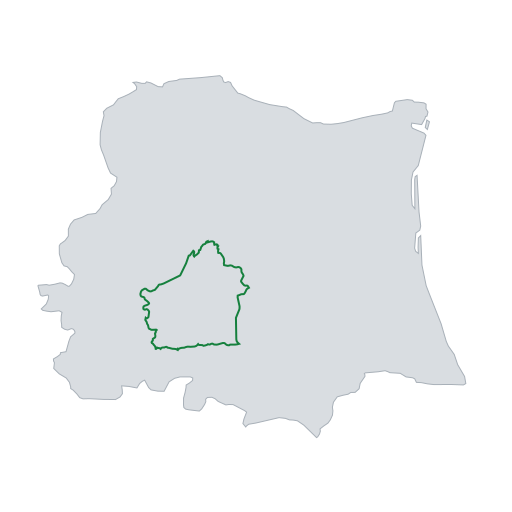 Worodougou highlighted on a map of Ivory Coast, rotated 273°
{"feature_id": "CIV-3443", "entity_name": "Worodougou", "entity_type": "Region", "adm_level": 1, "iso_a3": "CIV", "parent_name": "Ivory Coast", "parent_adm1": "", "projection": "natural_earth1", "projection_center": [-6.431, 8.415], "detail": "fine", "context": "in_parent", "style": "outline", "palette": "green", "viewbox_px": 512, "rotation_deg": 273, "n_neighbors": 0, "source": "natural_earth", "source_scale": "10m", "svg_char_len": 7800}
<svg xmlns="http://www.w3.org/2000/svg" viewBox="0 0 512 512"><g transform="rotate(273 256 256)"><path d="M113.9,77.9L115.6,77.8L120.1,76.3L124.2,72.9L128.0,65.7L133.1,59.9L138.9,60.3L140.6,59.3L142.6,59.1L145.1,62.9L147.5,65.7L149.2,65.8L150.5,71.3L161.0,73.6L165.6,75.1L169.4,79.1L170.7,79.2L172.3,78.4L173.5,77.0L173.8,75.4L172.2,71.8L172.9,68.6L174.6,65.7L177.3,65.5L181.4,64.7L186.1,64.7L189.6,65.2L191.0,62.3L189.6,54.2L190.0,49.7L190.6,45.9L191.9,44.3L197.1,49.1L201.9,50.8L205.3,51.0L206.2,50.1L204.8,44.9L205.2,43.3L206.4,42.4L208.7,41.9L214.8,39.8L215.4,40.2L216.5,48.3L216.0,51.0L217.3,56.6L218.9,61.7L218.8,63.8L217.5,67.0L215.9,70.0L216.1,71.2L218.5,73.2L223.2,75.2L228.0,75.7L230.7,72.7L233.5,70.2L235.4,68.1L236.1,64.8L239.1,62.5L247.8,59.5L255.9,59.0L257.8,60.0L261.4,64.5L266.0,67.6L273.0,67.2L278.1,69.1L282.5,72.5L285.5,80.2L288.7,85.8L290.1,93.7L295.2,97.8L299.2,99.7L304.6,105.5L310.2,108.4L316.0,107.7L318.7,110.7L323.0,112.8L327.4,113.0L331.2,106.4L336.2,103.7L348.9,98.5L353.9,96.1L358.9,94.5L371.2,94.1L382.5,95.7L388.2,96.9L392.0,96.0L395.7,99.2L399.5,105.8L402.6,107.9L405.8,110.2L408.2,115.4L410.9,120.5L412.4,122.8L415.9,127.9L418.8,128.0L421.7,125.8L422.9,124.1L423.5,127.5L422.4,133.0L422.6,136.3L424.2,137.6L423.3,142.0L420.0,149.4L420.0,153.8L423.3,155.1L425.7,159.8L427.2,167.7L428.6,170.4L428.8,172.0L431.2,191.2L434.2,210.5L432.3,213.0L429.8,213.8L428.1,214.7L427.6,216.5L428.7,219.1L428.0,221.5L424.7,223.2L417.7,229.3L417.2,231.8L415.4,237.0L413.8,240.2L411.5,246.1L407.9,261.7L406.5,274.7L406.3,278.7L404.9,281.4L403.3,285.5L395.7,296.6L391.8,305.6L392.3,309.6L392.5,313.5L391.3,316.4L391.5,324.1L392.5,330.5L393.9,336.8L399.5,354.6L402.4,365.4L404.2,374.1L405.8,380.0L407.3,382.4L407.9,384.6L416.2,386.2L417.8,387.5L420.1,398.9L419.7,404.0L418.0,406.0L418.1,410.3L417.7,415.7L416.5,417.9L411.9,418.1L408.8,420.2L404.6,419.4L404.2,418.0L402.0,417.5L395.9,414.5L396.9,404.6L394.0,404.2L391.8,405.5L387.5,417.3L385.4,419.4L354.8,413.3L348.1,408.4L340.1,407.2L326.3,407.8L314.8,409.3L311.5,412.2L340.4,410.5L343.6,410.8L345.0,412.6L308.5,416.5L294.5,418.9L290.4,418.2L287.3,414.4L272.1,414.0L269.0,415.2L267.1,418.0L273.1,417.4L282.5,417.2L285.0,419.4L255.6,422.2L235.2,427.5L226.5,431.4L198.0,444.4L180.6,450.5L176.1,452.8L168.1,459.1L158.0,463.1L146.6,470.6L139.6,472.2L138.1,469.9L137.9,457.3L136.9,440.4L137.3,433.9L138.2,427.8L138.2,422.8L141.7,420.9L142.6,418.8L143.1,412.2L146.4,406.2L146.5,395.8L147.4,393.7L148.2,390.9L146.8,384.1L145.0,371.2L144.1,370.3L143.3,370.9L141.5,371.1L134.3,366.7L128.8,365.9L125.0,362.1L124.7,357.8L122.8,355.2L121.5,350.2L119.6,344.5L114.1,341.0L109.0,340.2L105.4,340.9L101.1,340.7L96.3,338.8L92.9,336.6L89.7,332.4L86.7,329.0L84.4,329.4L81.5,328.7L78.7,327.1L77.8,326.0L89.6,312.6L93.6,306.0L94.1,302.0L94.1,298.0L95.4,293.9L95.8,287.5L89.2,264.6L87.6,257.5L85.8,255.4L84.7,254.7L88.0,251.7L92.6,252.5L99.6,254.8L101.1,252.5L106.4,240.9L106.3,236.6L105.7,233.7L108.8,225.8L111.3,222.7L112.6,219.4L112.2,214.9L110.3,213.2L107.9,213.5L105.0,212.4L100.5,209.8L98.2,207.5L98.9,197.0L99.4,193.8L100.9,191.9L103.4,191.4L110.3,191.1L115.9,192.3L120.9,193.0L123.5,193.0L125.6,196.1L128.4,199.2L130.9,199.2L131.8,196.8L131.3,186.5L129.6,181.1L125.8,175.8L116.1,171.3L115.9,165.0L116.8,158.2L119.0,155.7L126.2,151.3L124.9,149.0L122.6,146.5L118.0,144.0L119.1,135.9L119.3,128.6L115.4,129.4L111.5,129.8L108.1,127.6L105.3,123.2L104.8,111.0L104.8,97.0L104.3,90.7L105.3,87.4L108.8,84.4L112.5,80.4L113.9,77.9ZM400.7,419.5L399.1,422.2L391.3,420.5L393.2,418.3L400.7,419.5Z" fill="#d9dde1" stroke="#a8b0b8" stroke-width="1"/><path d="M223.9,250.6L222.8,248.9L221.9,248.2L220.3,247.6L218.1,246.5L217.6,246.1L217.3,245.7L217.1,243.6L217.0,243.3L216.9,242.9L216.2,241.6L215.5,239.8L213.7,239.8L205.0,242.2L203.2,242.3L201.9,242.2L193.2,239.2L171.8,240.7L170.1,241.1L168.8,242.0L167.4,243.7L166.8,241.9L166.4,239.6L166.2,235.2L166.1,234.7L165.5,234.0L165.4,233.3L165.5,232.2L165.6,231.7L165.8,231.2L166.4,230.3L167.0,229.7L167.4,228.9L167.4,227.5L166.7,225.4L165.7,222.6L165.4,221.2L165.4,218.8L165.6,218.3L166.1,217.4L166.2,216.8L165.9,215.7L165.3,214.8L165.1,213.9L165.4,212.6L164.7,211.7L164.0,209.9L163.6,208.2L164.2,207.1L164.2,204.1L164.2,203.7L164.4,203.3L165.0,202.8L163.9,202.0L163.0,200.9L162.4,199.5L161.9,195.4L161.9,192.6L161.5,191.0L160.7,189.2L160.4,186.6L160.0,185.2L159.4,183.9L158.6,183.3L159.3,183.0L159.4,182.6L159.0,182.4L158.2,182.4L158.8,181.1L159.0,179.8L159.0,177.3L159.7,174.0L159.8,172.8L159.9,172.3L160.5,171.7L160.6,171.2L160.5,170.7L160.0,169.5L159.8,169.1L159.8,167.9L159.5,166.8L159.0,166.0L158.2,165.6L158.6,165.0L158.9,164.4L159.0,163.7L159.0,162.8L159.4,162.0L159.4,161.6L158.8,161.5L158.4,161.4L158.1,161.3L158.0,161.0L158.0,160.7L158.9,160.5L160.4,160.0L161.2,159.3L162.2,158.3L162.9,157.8L163.4,157.1L163.5,156.8L163.6,156.6L163.8,156.5L164.1,156.3L164.4,156.3L165.0,156.4L165.3,156.6L165.5,156.8L165.6,157.0L165.8,157.1L166.1,157.3L166.4,157.4L167.5,157.3L167.8,157.3L168.0,157.5L168.9,158.8L169.1,159.1L169.3,159.3L169.6,159.5L169.9,159.6L170.2,159.6L170.6,159.7L171.5,159.6L173.2,159.2L173.6,159.3L173.9,159.4L174.1,159.7L174.5,159.8L174.9,159.9L175.6,159.8L175.9,159.9L176.2,160.1L176.6,160.6L176.8,160.7L177.0,160.7L177.2,160.3L177.2,159.9L176.9,156.8L176.8,155.8L176.9,155.3L177.0,154.9L177.4,154.2L177.5,153.7L177.6,153.3L178.0,152.9L178.6,152.5L180.9,151.9L181.6,151.6L182.3,151.0L182.9,150.7L184.3,150.3L186.4,148.8L188.5,149.1L188.1,149.6L188.0,150.2L188.7,151.1L189.1,151.6L189.3,151.7L189.7,151.8L194.6,152.2L195.2,152.0L195.8,151.6L196.8,150.6L197.1,150.0L197.2,149.5L196.7,148.3L196.7,147.9L196.6,147.5L196.7,147.2L196.9,146.9L197.0,146.6L197.2,146.4L197.6,146.3L198.0,146.2L198.9,146.2L199.3,146.3L199.7,146.4L200.3,147.1L200.6,147.7L200.8,148.2L201.3,149.6L201.6,150.2L201.9,150.7L202.3,151.2L202.6,151.4L202.8,151.6L203.2,151.7L203.7,151.4L204.3,150.8L205.5,149.3L206.6,147.6L206.9,147.3L207.5,147.0L208.0,146.9L208.4,146.8L208.7,146.6L209.1,145.8L209.4,144.3L209.6,143.6L209.8,143.4L210.4,142.9L212.0,142.5L213.1,142.8L213.5,142.8L213.9,142.9L214.6,143.1L215.8,143.9L217.2,146.0L217.5,146.5L217.5,146.9L217.5,147.3L217.5,147.7L217.3,148.0L217.1,148.3L216.5,149.0L216.1,149.5L215.3,151.4L215.2,151.8L215.1,152.2L215.2,152.6L215.2,152.9L215.3,153.3L215.6,153.9L216.2,154.9L216.3,155.3L216.7,156.3L216.8,156.6L216.9,156.8L220.7,159.7L221.9,160.3L222.1,160.5L222.4,160.9L222.5,161.5L222.6,162.4L222.7,162.7L223.7,165.2L232.6,181.2L233.1,181.5L245.1,186.6L252.8,188.8L253.1,189.9L257.9,193.1L257.3,193.9L256.7,194.1L255.3,194.0L254.2,193.6L253.7,193.5L253.2,193.7L252.6,194.0L252.3,194.3L252.5,194.4L253.0,195.0L254.7,197.2L255.3,197.7L255.6,197.9L255.8,198.2L256.1,198.5L256.5,198.7L258.5,198.7L258.8,198.8L258.9,199.3L259.0,199.7L259.1,200.0L261.9,200.8L262.3,200.9L263.5,201.9L264.2,202.3L264.5,202.5L264.7,202.8L265.3,204.3L265.5,204.7L266.2,205.1L267.0,205.3L267.8,205.9L268.3,207.0L267.1,207.0L268.2,210.3L268.3,212.1L267.5,213.5L266.6,213.5L265.8,213.6L265.0,213.9L265.6,215.5L265.5,216.4L265.0,217.0L264.3,216.8L263.9,217.7L263.1,217.3L262.1,217.0L261.2,217.2L260.8,218.2L259.8,217.9L258.1,217.9L257.4,218.1L257.1,218.2L257.2,219.3L257.1,219.9L256.9,220.2L256.6,220.7L253.2,223.3L251.7,224.0L249.2,224.5L247.2,224.3L246.7,224.3L245.8,224.5L245.3,224.7L245.2,224.7L244.7,227.9L244.7,228.5L245.0,229.8L245.2,230.4L245.3,230.8L245.3,231.2L245.2,231.6L245.1,232.4L244.8,233.0L244.0,234.4L243.9,234.7L243.6,235.8L243.6,236.2L243.6,237.1L243.8,237.8L244.1,238.8L244.0,239.4L243.9,240.0L243.3,241.0L243.0,241.4L242.0,242.1L240.3,242.2L239.7,242.3L238.8,242.6L237.7,243.5L236.6,244.2L235.5,244.6L231.0,242.6L230.2,242.4L229.6,242.5L227.7,244.1L226.1,245.8L225.9,246.6L225.8,247.1L226.0,248.3L226.0,248.6L225.8,249.1L225.6,249.4L223.9,250.6Z" fill="none" stroke="#15803d" stroke-width="2"/></g></svg>